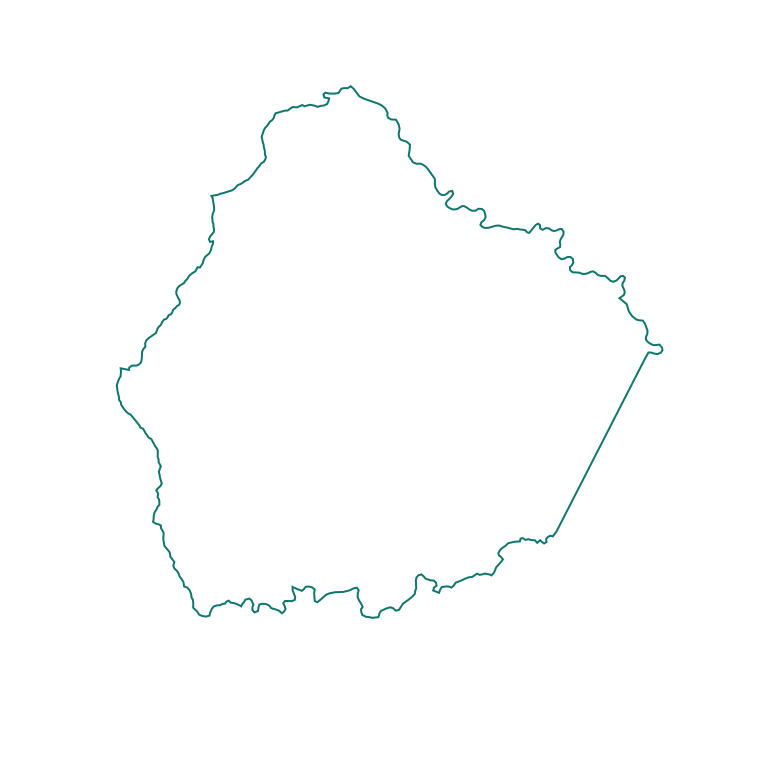 outline of Sandolândia, Tocantins, Brazil, rotated 107°
{"feature_id": "56859067B27604847776999", "entity_name": "Sandolândia", "entity_type": "district", "adm_level": 2, "iso_a3": "BRA", "parent_name": "Brazil", "parent_adm1": "Tocantins", "projection": "mercator", "projection_center": [-49.87, -12.382], "detail": "fine", "context": "isolated", "style": "outline", "palette": "teal", "viewbox_px": 768, "rotation_deg": 107, "n_neighbors": 0, "source": "geoboundaries", "source_scale": "gbopen_adm2", "svg_char_len": 6166}
<svg xmlns="http://www.w3.org/2000/svg" viewBox="0 0 768 768"><g transform="rotate(107 384 384)"><path d="M628.0,412.4L625.4,414.1L623.0,416.3L620.4,415.2L618.6,408.7L616.5,406.2L613.5,406.7L608.2,411.0L604.8,412.1L605.4,407.9L605.8,402.1L603.5,400.6L600.7,399.5L599.7,396.6L599.5,393.5L600.7,390.2L604.7,389.6L611.8,386.7L612.2,384.0L608.9,381.7L602.4,377.7L600.2,375.0L597.5,370.1L594.7,362.1L591.7,357.0L587.8,352.6L586.7,350.3L588.7,347.9L591.8,347.9L595.3,347.0L598.2,344.7L600.6,341.8L603.4,339.2L606.1,340.1L608.5,339.2L611.2,337.2L611.9,333.0L611.2,329.7L611.0,326.7L608.6,321.2L604.9,321.3L601.8,320.5L597.4,315.4L595.7,312.7L595.7,309.9L597.3,306.4L595.6,303.6L588.5,301.6L583.0,297.4L579.2,294.9L575.8,293.2L572.8,293.7L570.2,293.4L562.5,296.1L559.7,296.4L556.9,295.2L555.2,292.5L556.4,289.7L558.0,287.3L558.2,282.3L557.4,278.8L558.8,276.2L561.6,274.8L564.0,276.6L567.1,276.6L567.6,270.3L564.4,270.2L561.3,269.4L559.6,265.8L558.7,262.8L559.0,259.9L556.4,258.4L553.1,257.4L549.3,252.6L546.2,249.2L544.0,246.3L542.9,243.4L538.2,239.6L538.5,236.6L537.5,234.6L535.9,232.4L535.3,227.7L535.6,225.2L532.1,223.6L526.5,223.1L519.8,220.0L516.9,219.0L515.0,221.9L514.3,224.0L512.3,225.2L508.3,224.3L506.3,223.0L503.4,220.6L500.0,218.8L496.8,213.3L494.8,208.0L491.9,208.2L490.8,206.1L491.7,203.1L490.2,200.4L490.1,196.9L489.3,194.0L491.1,191.0L487.7,189.0L488.8,187.0L489.7,184.3L487.7,182.5L484.8,183.6L482.3,182.5L480.5,180.6L480.3,178.0L474.5,175.9L283.8,141.9L276.5,140.3L275.8,137.8L275.9,134.6L275.4,131.1L273.0,128.3L270.1,127.6L267.8,128.9L265.8,132.1L268.1,137.5L267.7,140.5L266.9,143.6L264.9,146.6L261.9,147.2L259.2,146.8L255.9,147.6L250.0,152.1L247.7,155.0L248.4,158.3L248.6,161.5L246.5,166.7L242.8,171.2L236.7,175.2L233.1,183.9L228.6,180.6L225.7,180.6L223.1,182.3L220.6,184.7L217.6,185.3L214.8,184.4L211.8,184.7L210.7,187.0L211.8,189.2L216.8,191.8L219.2,194.5L219.1,197.6L217.3,201.0L216.0,204.2L217.1,207.9L217.3,211.3L215.7,214.3L215.2,217.1L216.3,219.2L218.5,221.4L220.0,224.1L220.7,226.6L220.4,229.6L222.0,236.3L220.7,239.3L217.9,240.4L215.5,239.0L212.5,238.5L209.1,240.1L208.0,243.0L209.1,245.9L211.2,247.9L212.8,250.8L211.8,254.1L208.2,258.5L205.7,259.4L203.5,257.6L201.6,255.7L199.0,256.2L196.9,257.4L193.8,257.4L188.9,256.1L185.8,256.8L183.8,259.4L184.8,261.8L186.8,264.0L188.0,266.2L188.1,268.5L187.0,271.4L187.5,274.7L190.2,277.4L189.5,280.2L186.5,281.3L185.6,283.5L187.6,285.4L197.0,289.3L197.0,291.7L195.7,293.8L195.9,296.5L196.5,299.3L196.7,302.0L198.2,305.4L198.4,312.2L198.8,315.3L198.8,320.5L200.1,323.6L204.1,329.8L205.2,333.0L205.1,335.6L203.7,338.3L201.0,338.2L197.9,336.1L194.9,335.6L191.8,337.0L189.2,338.9L188.0,341.5L188.8,344.9L191.6,347.2L192.6,350.7L192.0,353.9L191.0,356.6L190.5,359.4L191.2,361.6L195.3,365.2L197.0,369.0L196.6,372.6L195.8,375.2L193.9,377.6L190.9,377.3L184.8,374.1L181.8,373.5L179.4,375.2L181.0,378.1L183.4,379.3L185.4,381.1L186.4,383.6L185.7,386.7L183.4,389.7L180.9,392.4L177.3,394.1L175.0,394.6L172.8,395.5L165.6,405.0L164.1,407.4L162.9,410.9L162.6,413.5L163.9,417.3L163.5,421.1L158.6,427.1L151.9,428.1L147.5,429.2L145.7,433.0L145.5,439.4L144.0,441.4L140.6,443.1L135.4,443.7L131.6,445.8L127.8,449.8L128.9,454.6L128.3,457.8L126.2,459.4L123.8,459.8L120.6,462.8L119.5,464.7L118.2,468.0L117.6,471.3L117.0,486.7L116.2,491.5L110.6,499.3L109.0,502.9L111.7,505.2L112.8,508.9L114.1,511.2L119.1,512.6L120.9,516.6L122.2,521.1L122.6,525.3L124.7,526.6L127.4,524.9L126.9,520.0L129.7,519.8L133.0,520.3L135.1,522.7L136.5,525.7L138.4,528.6L138.1,531.3L138.6,536.4L141.7,541.3L141.1,543.7L144.8,548.0L145.8,552.2L148.1,554.3L150.6,556.0L151.6,558.8L156.9,566.9L159.3,567.3L161.9,567.2L164.7,568.3L166.4,569.8L171.1,571.2L173.8,572.5L176.4,573.1L183.3,573.3L188.0,570.7L190.2,569.2L193.3,567.8L195.9,566.1L199.3,565.0L201.5,563.2L203.8,563.2L206.7,563.9L209.0,566.0L212.2,567.0L214.5,568.1L221.3,570.3L228.3,573.6L230.5,576.3L232.9,578.0L234.7,579.7L236.5,581.9L241.4,584.3L243.4,586.2L248.5,593.6L249.9,596.2L251.4,597.8L254.6,604.0L256.5,602.1L264.3,598.3L267.6,597.2L271.3,597.5L274.3,597.2L279.2,595.3L281.0,593.8L283.3,593.2L285.5,591.8L288.4,591.2L294.0,593.5L296.8,593.7L299.0,592.0L297.5,589.2L299.6,588.6L303.0,588.9L306.8,588.7L310.0,589.2L314.8,592.2L318.5,592.8L321.5,592.6L326.5,594.1L326.8,596.4L331.5,597.4L334.2,599.8L337.4,601.9L341.2,602.8L343.5,604.1L346.0,604.8L350.2,608.5L352.8,609.6L356.2,609.7L358.4,609.0L361.9,606.0L363.7,604.0L365.9,602.9L368.1,603.0L370.2,604.9L372.6,605.8L374.3,607.3L377.2,607.4L379.6,608.1L381.1,610.1L383.5,610.4L385.6,611.4L386.8,613.3L389.6,614.3L392.7,614.6L395.7,616.4L398.9,616.9L401.8,616.9L408.8,622.4L411.7,624.1L414.9,624.3L418.2,623.1L421.3,624.5L424.0,624.7L430.8,623.0L434.6,622.7L437.0,624.1L439.0,626.4L439.5,628.9L440.6,630.9L442.8,632.4L445.1,632.0L446.0,640.4L448.9,639.2L453.9,638.1L456.3,638.9L463.4,639.2L468.8,636.7L474.5,633.4L476.8,632.6L478.2,630.5L480.6,629.3L482.7,626.9L484.7,624.3L486.6,620.9L487.5,617.1L495.1,605.8L496.9,604.3L497.3,601.2L500.6,597.8L504.0,593.4L504.7,590.4L510.6,584.4L512.0,582.4L513.8,580.8L519.7,579.2L522.3,577.4L524.5,576.8L527.8,573.4L533.7,573.7L536.4,572.1L539.8,570.4L544.2,567.4L547.3,568.1L550.0,569.8L552.3,570.7L554.9,567.9L558.5,567.4L560.1,565.5L562.2,564.4L565.3,563.5L567.7,564.6L570.6,564.9L573.6,565.8L577.0,565.7L580.8,564.8L583.4,564.5L584.2,561.6L584.1,558.3L584.6,555.9L587.0,555.2L588.9,553.0L591.0,551.1L596.7,549.8L603.0,546.7L607.3,540.1L609.6,538.7L611.7,537.8L615.5,532.4L619.2,532.4L621.7,530.6L623.3,527.2L625.8,524.6L627.8,523.2L629.5,520.8L632.2,517.8L636.0,516.0L636.3,512.5L638.2,509.5L641.1,507.1L644.2,505.8L646.1,503.8L649.3,502.3L653.7,501.1L656.5,495.7L658.6,493.4L659.0,489.7L658.3,485.9L656.5,483.2L653.2,483.4L649.4,482.9L646.4,481.7L644.5,478.9L643.5,476.1L641.6,474.3L640.5,471.8L638.1,471.0L636.6,469.2L637.9,466.8L637.5,464.1L637.4,461.5L637.7,458.6L638.4,455.6L635.7,455.1L633.5,454.1L630.8,453.6L628.6,450.1L629.6,447.5L633.2,444.3L635.6,444.6L638.6,443.8L640.3,441.1L637.9,438.1L634.3,438.7L631.3,438.7L629.8,436.3L629.1,433.5L629.0,431.2L629.6,428.7L631.3,426.4L631.3,420.8L631.5,418.0L633.1,414.6L630.8,413.0L628.0,412.4Z" fill="none" stroke="#0f766e" stroke-width="2"/></g></svg>